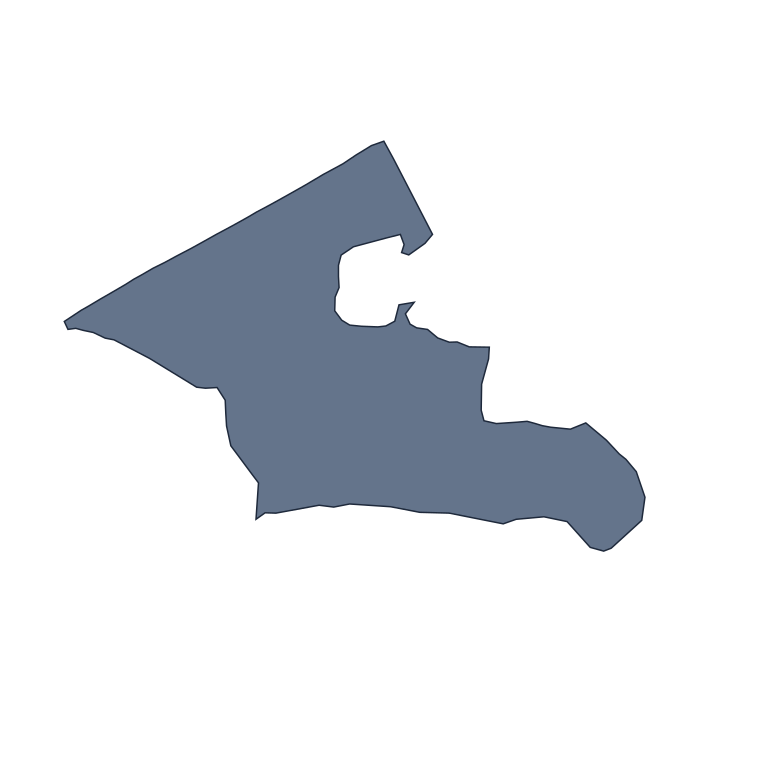 Tramandaí, Rio Grande do Sul, Brazil (Mercator projection), rotated 220°
{"feature_id": "56859067B87870608767085", "entity_name": "Tramandaí", "entity_type": "district", "adm_level": 2, "iso_a3": "BRA", "parent_name": "Brazil", "parent_adm1": "Rio Grande do Sul", "projection": "mercator", "projection_center": [-50.215, -30.032], "detail": "fine", "context": "isolated", "style": "filled", "palette": "slate", "viewbox_px": 768, "rotation_deg": 220, "n_neighbors": 0, "source": "geoboundaries", "source_scale": "gbopen_adm2", "svg_char_len": 1478}
<svg xmlns="http://www.w3.org/2000/svg" viewBox="0 0 768 768"><g transform="rotate(220 384 384)"><path d="M540.2,569.9L546.9,558.5L552.6,541.5L557.0,526.3L565.2,505.6L572.2,485.6L580.8,462.7L586.6,447.6L592.1,434.0L595.9,423.3L602.1,407.1L608.4,391.4L613.7,377.4L618.9,363.9L625.4,348.1L630.3,335.7L635.3,324.3L640.0,311.3L643.0,303.6L646.1,293.8L650.8,280.7L655.9,266.7L660.2,254.3L663.3,246.0L669.1,226.4L661.2,222.7L655.9,228.5L648.8,231.8L639.8,236.6L627.1,239.9L619.2,244.3L580.1,252.9L525.5,261.1L518.1,266.0L509.6,274.0L495.2,269.5L486.5,260.0L477.6,250.6L461.6,238.2L447.2,234.8L426.6,229.9L416.6,227.6L395.1,198.1L392.3,208.9L383.8,215.6L355.8,249.4L343.4,257.4L333.2,270.0L300.1,294.2L274.1,308.7L251.2,326.9L202.8,353.5L195.8,365.3L176.1,385.1L155.3,396.3L121.0,391.4L108.3,397.2L104.4,404.3L98.9,445.2L111.3,465.0L134.4,479.0L150.3,481.8L158.8,481.6L177.5,483.9L204.4,483.9L212.2,469.2L228.6,458.0L236.0,453.8L243.0,450.8L250.4,447.4L257.4,440.4L272.5,425.9L283.8,420.1L292.7,426.4L309.1,446.6L320.0,470.4L327.0,479.9L342.6,467.2L355.0,463.2L360.8,458.0L372.5,453.8L385.7,453.8L395.1,448.0L402.5,446.6L412.7,451.5L413.4,466.0L423.4,454.3L416.1,439.0L419.9,429.6L425.4,423.8L438.3,413.8L448.1,407.1L457.4,405.7L468.8,408.4L477.3,419.1L480.4,429.0L488.0,437.1L495.2,445.7L499.7,455.2L495.6,469.5L475.7,497.9L467.6,509.1L458.2,503.7L455.0,496.0L448.0,498.8L443.0,518.1L443.0,529.8L521.5,562.6L540.2,569.9Z" fill="#64748b" stroke="#1e293b" stroke-width="1.5"/></g></svg>